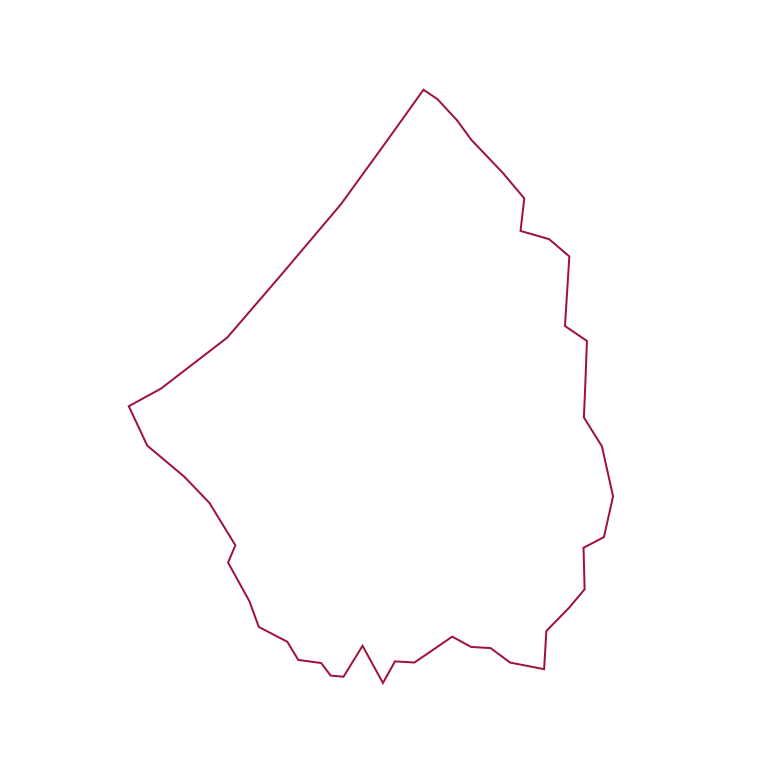 outline of Kazivera, Cyprus, rotated 11°
{"feature_id": "46923920B14139084564412", "entity_name": "Kazivera", "entity_type": "district", "adm_level": 2, "iso_a3": "CYP", "parent_name": "Cyprus", "parent_adm1": "", "projection": "natural_earth1", "projection_center": [32.913, 35.174], "detail": "fine", "context": "isolated", "style": "outline", "palette": "rose", "viewbox_px": 768, "rotation_deg": 11, "n_neighbors": 0, "source": "geoboundaries", "source_scale": "gbopen_adm2", "svg_char_len": 751}
<svg xmlns="http://www.w3.org/2000/svg" viewBox="0 0 768 768"><g transform="rotate(11 384 384)"><path d="M352.5,671.2L375.6,669.9L387.2,680.4L400.1,679.1L412.9,645.1L440.0,677.7L447.7,654.2L467.0,651.6L483.7,634.7L499.1,619.0L519.7,625.5L539.0,622.9L560.9,633.4L595.6,633.4L590.5,595.5L608.5,568.1L620.1,547.2L611.1,506.7L629.1,492.3L630.3,450.6L609.8,403.6L586.6,378.7L581.5,344.8L575.0,303.0L550.6,292.6L541.6,223.4L518.4,210.3L488.8,207.7L486.3,175.1L460.5,154.2L423.3,127.8L405.2,111.1L382.1,94.2L366.6,87.6L340.9,143.8L307.5,215.6L263.7,293.9L221.3,368.3L166.0,431.0L137.7,454.5L163.4,489.7L205.8,513.2L235.4,534.1L268.9,570.7L265.0,589.0L293.3,622.9L307.5,646.4L338.3,655.5L352.5,671.2Z" fill="none" stroke="#9f1239" stroke-width="2"/></g></svg>